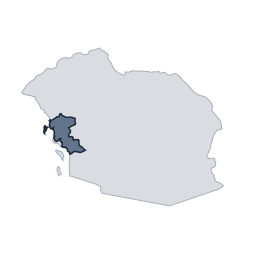 Pwani on a map of United Republic of Tanzania (Albers equal-area conic projection), rotated 162°
{"feature_id": "TZA-3382", "entity_name": "Pwani", "entity_type": "Region", "adm_level": 1, "iso_a3": "TZA", "parent_name": "United Republic of Tanzania", "parent_adm1": "", "projection": "albers", "projection_center": [38.969, -7.175], "detail": "fine", "context": "in_parent", "style": "filled", "palette": "slate", "viewbox_px": 256, "rotation_deg": 162, "n_neighbors": 0, "source": "natural_earth", "source_scale": "10m", "svg_char_len": 7922}
<svg xmlns="http://www.w3.org/2000/svg" viewBox="0 0 256 256"><g transform="rotate(162 128 128)"><path d="M97.1,177.9L94.5,176.6L92.1,175.7L90.1,174.8L89.2,173.9L87.4,173.6L85.8,173.5L84.3,172.7L81.3,172.4L81.0,171.8L80.9,170.6L80.4,170.2L79.3,169.9L78.1,170.0L77.4,170.2L76.9,170.1L76.0,169.4L75.0,168.4L74.7,166.9L73.3,166.0L71.7,165.3L67.3,165.4L66.6,165.2L65.5,164.5L64.3,163.2L63.2,161.8L62.3,159.9L61.4,157.3L56.1,146.9L55.6,144.9L54.6,142.7L52.9,140.1L51.1,138.1L48.8,136.3L46.1,134.6L44.6,133.4L41.8,128.5L41.2,126.2L40.7,123.8L40.9,122.8L42.5,119.7L42.7,118.9L42.4,117.7L41.5,115.3L40.4,112.3L38.1,106.9L37.8,105.6L37.8,104.5L39.0,99.0L38.9,98.2L44.0,98.2L47.7,95.7L50.9,92.1L51.5,90.6L52.8,88.2L54.1,87.0L54.6,86.2L55.3,83.9L56.9,82.3L58.6,81.1L58.2,80.3L58.5,79.9L59.4,79.3L61.1,78.7L61.4,77.5L61.4,76.1L61.1,75.4L61.1,74.5L60.9,74.0L59.7,73.9L58.0,73.3L56.5,73.0L55.5,72.6L55.2,72.3L55.0,71.5L55.8,69.4L55.0,68.5L56.7,65.0L57.0,64.6L57.6,64.5L58.7,64.1L59.6,63.9L60.4,64.1L61.0,63.9L61.5,63.5L61.9,62.3L62.2,60.3L62.0,58.7L61.2,57.5L61.0,55.6L61.3,53.1L61.0,50.9L60.1,49.3L59.3,48.3L58.0,47.8L55.9,45.3L55.3,44.1L55.4,43.3L56.1,42.9L57.3,43.0L58.5,42.7L59.7,42.0L60.8,41.8L61.3,41.9L112.6,41.1L172.7,73.8L172.9,74.2L173.4,77.1L173.3,78.1L172.4,79.7L172.1,80.6L172.1,81.2L172.3,81.4L173.1,81.5L173.8,81.9L174.0,82.2L174.5,83.4L175.2,84.0L197.8,100.3L198.4,100.6L198.0,101.9L196.8,105.2L196.7,106.6L196.2,108.2L195.7,109.3L194.4,114.0L193.3,115.7L191.8,119.8L191.6,123.0L192.4,125.2L192.7,127.2L194.5,129.2L195.8,130.0L196.8,130.9L198.5,133.0L199.4,135.1L202.4,136.1L203.6,138.5L203.1,140.1L201.8,141.5L200.5,143.7L199.4,146.5L199.4,150.9L200.1,150.3L201.7,151.3L201.9,154.6L200.2,158.3L199.7,160.1L199.7,161.6L200.8,166.1L202.6,168.4L202.5,169.1L202.0,169.7L205.1,173.8L204.8,177.3L205.9,180.1L206.4,182.4L207.2,184.3L207.3,185.5L206.4,186.9L208.6,187.3L209.9,188.4L210.5,189.5L212.1,189.5L213.0,190.2L214.3,190.8L217.0,192.7L217.8,193.6L218.2,194.5L210.6,200.3L207.8,201.7L205.9,202.4L203.8,202.8L201.8,203.7L199.9,205.1L197.5,205.9L194.6,205.9L191.5,206.9L186.6,209.9L183.8,208.2L181.6,207.7L179.0,207.7L177.5,207.9L176.9,208.3L176.4,209.3L176.0,211.0L174.4,212.6L171.4,214.1L168.7,214.7L166.3,214.3L164.6,213.7L163.7,212.8L162.4,212.4L160.7,212.5L159.1,213.1L157.6,214.3L155.1,214.9L151.7,214.7L149.9,214.2L149.6,213.2L148.1,212.0L145.4,210.7L143.4,210.7L142.1,212.0L140.9,212.8L139.8,213.1L138.9,213.2L137.5,212.8L133.7,212.7L130.2,212.8L129.8,211.0L129.0,209.8L128.4,209.2L127.2,209.0L126.8,208.5L126.4,207.3L125.8,206.3L125.0,205.5L124.5,204.8L124.3,204.1L124.4,203.3L125.1,201.4L125.4,200.1L125.3,198.8L124.9,197.4L124.0,195.8L124.1,195.3L123.8,194.2L123.7,193.4L123.9,192.4L123.7,191.2L123.0,188.4L123.0,187.7L122.2,186.4L119.8,183.3L119.7,182.9L115.9,179.8L114.4,179.1L113.9,179.7L113.7,180.3L113.8,181.3L113.7,181.8L113.6,182.0L112.7,182.0L112.1,181.9L110.7,181.0L109.6,180.9L106.9,181.0L105.9,181.2L105.2,181.1L103.7,179.6L102.0,179.4L100.5,179.3L98.0,177.7L97.1,177.9ZM202.8,124.7L204.0,128.1L203.9,128.8L203.0,129.2L202.5,129.2L202.0,128.7L201.6,127.5L200.9,127.8L199.8,126.4L198.7,126.3L197.7,124.6L198.1,123.2L197.9,120.7L199.1,119.4L199.8,117.3L200.5,118.8L200.7,121.0L201.8,123.7L202.8,124.7ZM208.8,104.0L208.9,104.9L208.6,105.6L208.7,108.1L208.6,109.7L207.7,112.0L206.9,112.8L206.2,112.6L205.7,112.2L205.2,111.6L206.1,107.4L205.7,104.4L207.4,104.7L208.8,104.0ZM206.2,154.0L205.3,154.2L205.0,154.0L204.5,153.3L205.4,152.8L206.3,151.6L208.4,150.0L209.4,148.7L209.2,150.0L208.0,152.8L207.0,152.9L206.2,154.0Z" fill="#d9dde1" stroke="#a8b0b8" stroke-width="1"/><path d="M201.8,141.1L201.6,141.2L201.6,141.5L201.5,141.8L201.4,142.0L201.1,142.4L201.0,142.5L200.8,142.5L200.7,142.5L200.8,142.8L200.7,143.1L200.2,143.1L200.2,143.4L200.4,143.6L200.5,143.8L200.5,144.1L200.4,144.4L200.3,144.7L200.1,145.0L199.7,145.4L199.5,146.0L199.2,147.8L199.2,148.1L199.3,148.5L199.5,149.0L199.5,149.3L199.4,149.5L199.4,149.8L199.6,150.4L199.5,150.7L198.8,151.5L199.3,151.4L199.7,151.0L199.9,150.4L200.0,149.9L200.3,150.1L200.5,150.3L200.5,150.6L200.3,150.8L200.9,150.8L201.1,150.8L201.4,151.0L201.9,151.4L201.9,151.7L201.8,152.1L201.6,152.6L201.5,152.8L201.7,153.3L201.7,154.0L201.8,154.3L202.0,154.1L202.1,154.5L201.9,155.0L201.4,155.8L200.8,157.3L200.6,157.7L200.4,157.7L200.2,157.7L200.4,158.0L200.3,158.6L200.4,158.8L200.1,158.7L200.1,158.9L200.0,159.2L199.8,158.9L199.6,158.8L199.5,158.7L199.6,159.0L199.5,159.3L199.3,159.4L199.3,159.6L199.1,159.5L198.5,159.0L197.7,159.0L194.6,159.7L192.6,160.4L191.6,160.6L191.3,160.5L191.2,160.3L190.8,160.2L189.7,160.4L189.3,161.1L189.0,162.0L188.2,162.5L187.3,162.4L187.0,161.8L186.8,160.2L185.6,159.1L184.8,158.5L183.3,157.2L182.4,156.8L180.4,156.4L178.5,155.7L177.7,155.2L175.4,153.5L175.6,153.3L175.6,153.1L175.7,152.8L175.8,152.1L176.0,151.9L176.1,151.6L176.3,151.4L176.3,150.6L176.4,149.9L176.4,149.0L176.6,148.2L177.0,147.8L177.7,147.6L179.1,147.3L179.7,147.3L180.3,147.5L181.1,147.3L181.8,147.0L184.4,146.6L184.5,146.0L184.2,145.3L183.5,143.3L183.9,142.1L184.4,141.5L185.0,141.1L185.6,141.0L186.0,140.4L186.5,139.6L186.9,138.8L186.8,138.6L186.7,138.4L186.6,137.8L186.3,137.6L185.9,137.6L185.7,137.5L185.3,137.4L185.1,137.5L184.8,137.5L184.7,137.5L184.5,137.3L184.2,137.1L183.9,137.1L183.2,136.2L183.4,135.3L183.8,134.3L183.5,133.1L183.2,133.0L182.9,133.1L182.7,133.1L182.6,133.3L182.2,133.3L181.8,133.3L180.2,132.7L179.7,132.5L179.3,132.4L179.0,132.3L178.8,131.9L178.6,131.6L178.5,131.4L178.5,131.0L178.8,130.7L179.2,129.7L179.6,127.2L179.5,125.9L179.2,125.6L178.8,125.4L178.9,125.2L179.1,125.2L178.8,125.1L178.3,125.0L178.1,124.6L177.9,124.3L177.5,123.7L177.0,122.8L176.8,122.5L176.6,122.0L176.6,121.6L176.1,120.7L175.4,120.1L177.8,119.5L178.9,119.7L179.4,119.6L179.8,119.4L181.0,119.5L182.0,120.0L182.4,120.5L183.0,120.8L183.7,120.9L184.1,121.5L184.6,121.7L185.1,121.7L185.3,121.9L185.6,122.1L186.2,122.2L186.3,122.1L186.5,122.0L186.8,122.1L187.1,122.1L187.4,122.0L187.6,122.1L188.5,121.7L188.8,121.6L189.1,121.3L189.4,121.3L189.6,121.3L189.9,121.2L190.2,121.0L191.5,121.2L191.4,121.6L191.3,122.0L191.2,122.3L191.2,122.7L191.2,122.8L191.4,123.1L191.5,123.2L191.7,123.8L191.7,124.0L191.8,124.0L192.2,124.3L192.4,124.5L192.5,124.6L192.5,125.2L192.5,125.6L192.4,125.9L192.2,126.2L192.3,126.6L192.4,127.5L192.6,127.9L192.7,128.0L192.9,128.1L193.1,128.2L193.2,128.4L193.2,128.6L193.3,128.8L193.5,129.1L193.9,129.2L194.0,129.2L194.1,129.3L194.2,129.5L194.4,129.6L194.8,129.6L195.0,129.7L195.4,129.7L195.2,129.5L194.9,129.4L194.6,129.2L195.1,129.3L195.4,129.5L196.3,130.3L196.8,131.0L196.7,131.0L196.4,131.3L196.1,131.6L195.8,132.3L195.7,133.1L195.5,133.8L195.1,134.4L195.0,134.6L195.4,134.7L195.6,134.8L195.6,135.1L195.8,135.7L196.2,136.0L196.3,136.3L196.5,136.7L196.3,137.0L196.0,137.2L195.8,137.5L195.7,137.9L195.4,138.2L195.2,138.6L195.4,138.8L195.7,138.7L196.0,139.0L196.4,138.8L196.6,138.4L197.0,138.2L197.2,138.3L197.5,138.4L197.7,138.2L197.9,137.9L198.1,137.9L198.4,137.9L198.7,137.3L199.3,137.3L199.5,137.3L200.1,137.3L200.5,137.5L201.0,138.0L201.3,138.6L201.4,140.9L201.6,140.8L201.8,141.0L201.8,141.1ZM209.2,148.5L209.4,148.8L209.4,149.3L209.2,150.4L208.7,151.4L208.5,151.7L208.5,151.9L208.5,152.0L208.4,152.1L208.3,152.4L208.3,152.5L208.1,152.7L208.1,152.8L208.0,153.0L207.8,153.0L207.4,152.9L206.9,153.0L206.7,153.4L206.6,153.7L206.5,153.9L205.8,154.2L205.5,154.3L205.2,154.3L204.9,154.1L204.5,153.7L204.2,153.5L204.4,153.5L204.6,153.4L204.8,153.4L204.8,153.2L205.0,153.0L205.2,152.9L205.9,152.3L206.2,151.9L206.0,151.7L206.1,151.4L206.3,151.3L206.5,151.3L206.8,151.3L207.1,151.2L207.6,151.0L207.9,150.9L207.6,150.8L207.2,150.8L207.2,150.7L207.4,150.7L207.6,150.6L207.9,150.4L208.2,150.2L208.4,150.1L208.5,149.7L208.8,149.2L209.0,149.1L209.2,148.7L209.2,148.5ZM206.7,154.3L207.2,154.2L207.6,154.3L207.7,154.5L206.8,155.4L206.3,155.9L206.1,155.9L206.0,155.6L206.1,155.2L206.3,154.8L206.7,154.3Z" fill="#64748b" stroke="#1e293b" stroke-width="1.5"/></g></svg>